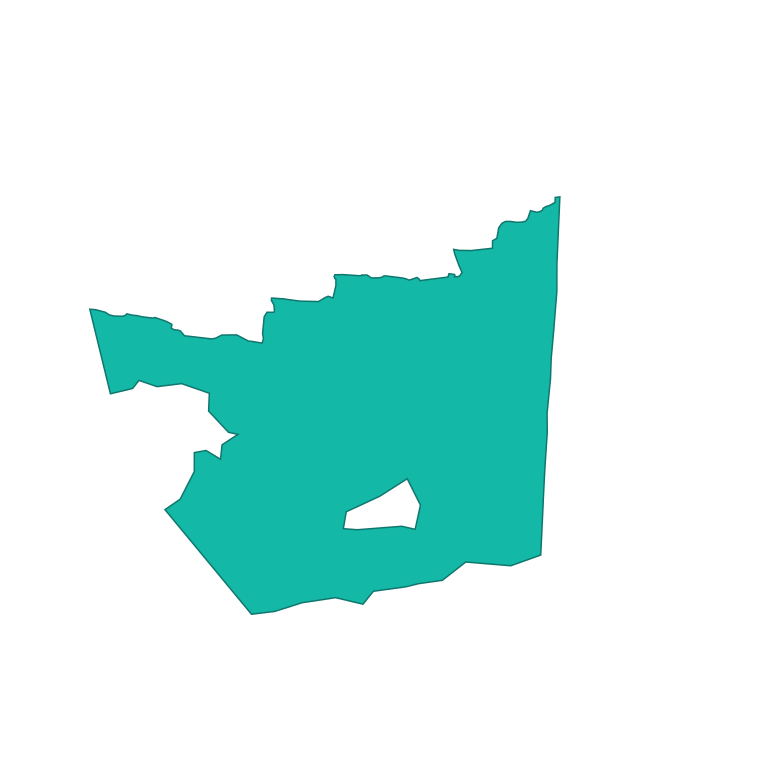 outline of Frederick, Virginia, United States of America, rotated 55°
{"feature_id": "52423323B68030863312797", "entity_name": "Frederick", "entity_type": "district", "adm_level": 2, "iso_a3": "USA", "parent_name": "United States of America", "parent_adm1": "Virginia", "projection": "robinson", "projection_center": [-78.349, 39.237], "detail": "fine", "context": "isolated", "style": "filled", "palette": "teal", "viewbox_px": 768, "rotation_deg": 55, "n_neighbors": 0, "source": "geoboundaries", "source_scale": "gbopen_adm2", "svg_char_len": 2043}
<svg xmlns="http://www.w3.org/2000/svg" viewBox="0 0 768 768"><g transform="rotate(55 384 384)"><path d="M614.0,353.7L571.8,321.1L570.3,320.0L546.0,301.1L517.0,277.8L501.5,267.2L475.2,244.6L459.0,232.4L437.9,214.6L407.3,189.3L384.7,173.4L331.6,132.6L329.4,136.7L333.3,139.7L332.7,146.3L331.6,149.4L331.3,152.7L332.5,154.9L332.0,158.2L330.9,160.4L326.0,164.6L330.8,171.1L331.9,174.7L330.4,178.2L327.8,182.4L323.0,187.6L320.5,191.3L320.0,195.1L321.8,200.4L329.4,208.0L328.9,212.9L335.0,217.3L324.6,236.2L317.6,245.8L313.7,249.7L317.9,251.4L330.1,254.7L337.5,256.1L338.8,260.0L338.6,261.5L336.7,264.8L335.6,263.5L334.6,263.5L331.2,267.2L331.0,267.9L333.0,269.8L332.2,271.9L320.9,293.4L319.9,295.3L318.5,295.0L315.7,295.8L313.4,303.7L309.5,306.4L306.7,309.2L296.6,320.4L295.4,322.0L295.4,324.2L294.0,327.4L289.9,333.5L285.1,335.3L281.9,339.8L282.3,340.3L281.4,341.8L271.1,354.5L266.4,361.5L267.2,363.1L269.4,363.8L270.7,363.4L275.7,366.9L284.1,376.2L284.2,376.5L280.1,379.4L279.4,382.9L278.9,390.4L267.8,405.4L262.3,411.4L258.8,415.2L257.1,416.9L255.9,418.3L255.0,419.5L250.6,424.9L249.1,426.8L250.9,428.3L256.1,428.8L261.5,432.0L262.0,433.2L258.1,438.7L260.2,443.6L273.1,454.6L277.6,456.6L280.6,460.4L272.6,468.5L271.3,470.3L259.3,476.5L250.9,488.7L249.9,495.5L248.4,499.1L230.0,519.8L223.9,520.3L221.3,522.1L220.6,523.4L218.0,525.5L216.0,526.2L214.3,524.1L213.3,523.6L208.0,526.3L198.2,533.4L197.4,535.6L189.9,543.9L186.5,546.9L182.9,551.0L179.0,554.4L179.4,556.4L178.7,559.1L173.4,566.2L169.9,569.3L165.3,571.2L157.6,577.7L154.0,582.1L235.1,613.7L243.5,592.4L240.5,582.7L256.0,571.4L267.6,549.6L291.4,532.4L305.6,543.2L334.4,539.1L341.5,532.5L340.9,551.5L351.9,561.1L336.4,567.9L331.4,578.7L346.9,589.6L361.4,617.0L361.3,635.5L496.6,624.6L507.6,604.0L516.2,576.5L531.2,546.3L552.3,527.5L547.7,511.6L562.8,482.1L567.4,470.2L578.3,448.7L576.7,419.2L605.6,384.4L614.0,353.7ZM473.5,451.9L474.9,419.3L504.1,423.6L520.9,441.8L510.7,451.1L488.1,489.4L479.2,500.3L467.0,488.2L473.5,451.9Z" fill="#14b8a6" stroke="#0f766e" stroke-width="1.5"/></g></svg>